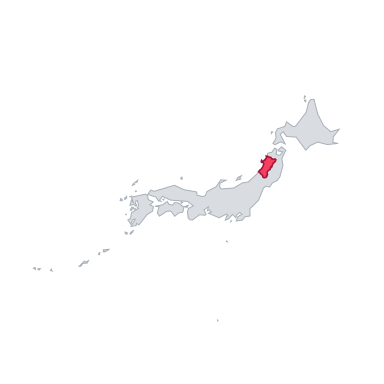 Akita highlighted on a map of Japan, rotated 24°
{"feature_id": "JPN-1862", "entity_name": "Akita", "entity_type": "Prefecture", "adm_level": 1, "iso_a3": "JPN", "parent_name": "Japan", "parent_adm1": "", "projection": "mercator", "projection_center": [140.484, 39.686], "detail": "fine", "context": "in_parent", "style": "filled", "palette": "rose", "viewbox_px": 384, "rotation_deg": 24, "n_neighbors": 0, "source": "natural_earth", "source_scale": "10m", "svg_char_len": 6088}
<svg xmlns="http://www.w3.org/2000/svg" viewBox="0 0 384 384"><g transform="rotate(24 192 192)"><path d="M255.4,114.3L260.7,115.7L260.5,125.0L264.3,130.8L266.1,142.4L265.3,146.6L261.7,151.2L260.9,155.9L257.2,156.7L255.7,159.2L256.1,172.6L251.7,183.9L254.8,190.3L250.5,193.1L249.5,197.2L244.2,200.5L244.0,195.7L246.8,192.1L244.1,191.2L242.2,194.3L242.5,197.6L238.1,196.0L236.4,201.5L233.9,204.2L233.5,199.8L234.6,199.1L232.7,197.9L227.2,204.5L215.7,204.7L217.8,202.3L214.6,201.5L213.7,202.8L213.0,198.8L210.2,203.5L213.8,206.5L213.5,207.9L208.1,209.7L203.9,217.3L201.6,218.2L199.1,217.4L195.8,211.8L195.5,208.3L198.8,204.2L191.8,202.4L175.4,208.2L166.9,207.9L165.2,213.9L161.1,211.3L152.6,212.2L153.5,207.0L157.1,206.8L173.2,193.0L184.0,193.1L196.3,190.1L197.9,192.9L203.8,191.8L205.7,189.8L205.5,185.4L211.9,177.4L213.4,169.2L218.3,167.4L214.0,172.6L215.2,176.2L217.6,177.3L228.6,171.3L234.4,163.2L239.3,159.9L243.8,149.6L246.5,139.8L245.8,136.7L243.2,135.8L245.9,131.2L245.5,125.7L248.7,123.3L249.8,118.1L252.3,118.6L253.5,123.6L257.3,122.8L258.6,118.4L254.0,119.4L254.0,117.8L255.4,114.3ZM285.1,77.8L294.2,80.5L300.9,74.8L298.6,84.3L300.6,89.4L305.7,88.2L296.3,93.6L286.5,95.3L281.0,101.7L279.0,107.5L264.8,99.5L255.9,102.8L250.7,99.8L249.2,103.5L257.6,110.2L252.6,110.1L248.6,115.0L246.2,114.8L246.9,108.7L244.1,103.7L244.4,99.5L250.2,94.3L249.8,89.4L257.5,91.1L259.9,89.7L263.9,72.6L262.1,62.8L262.9,59.2L265.7,57.7L275.4,69.9L285.1,77.8ZM155.2,216.8L160.6,216.8L159.0,220.9L162.7,221.1L163.7,225.7L160.2,230.7L156.9,243.6L154.2,243.2L154.5,245.4L150.2,248.2L151.2,239.9L148.9,241.7L149.2,246.3L144.7,243.5L146.5,241.2L145.2,235.3L149.8,228.9L148.3,228.4L148.8,226.3L145.6,222.0L144.5,222.9L145.0,226.0L146.5,226.0L146.7,227.9L143.7,227.0L140.8,229.5L139.9,223.5L143.1,226.0L138.9,221.3L150.5,212.8L153.0,213.5L155.2,216.8ZM183.7,207.6L190.8,209.1L191.8,214.1L188.1,216.8L186.1,221.2L180.5,218.0L176.9,219.8L172.0,227.3L168.8,225.2L167.9,218.9L164.0,220.1L170.3,215.7L173.3,210.7L176.0,212.7L179.9,211.7L180.2,208.9L183.7,207.6ZM125.3,299.4L121.3,301.8L120.6,305.1L119.1,305.8L121.7,298.9L123.7,299.2L125.3,296.7L125.3,299.4ZM231.2,160.3L227.6,163.4L227.9,160.1L230.5,157.0L229.9,160.2L231.2,160.3ZM140.0,277.8L136.7,282.3L134.6,280.9L140.0,277.8ZM144.0,233.6L142.8,233.4L143.3,230.1L144.9,229.8L144.0,233.6ZM193.8,208.3L191.1,208.3L194.5,205.2L193.5,207.0L193.8,208.3ZM149.6,257.2L147.8,257.2L147.2,255.7L149.8,255.7L149.6,257.2ZM137.8,205.2L135.7,207.3L137.6,203.4L137.8,205.2ZM153.0,255.6L152.1,255.1L154.1,250.5L154.0,252.7L153.0,255.6ZM129.5,226.9L131.3,227.1L131.8,228.5L129.8,229.0L129.5,226.9ZM136.4,208.4L134.8,210.1L135.1,207.9L136.4,208.4ZM80.5,326.3L78.3,326.3L78.3,325.9L79.3,324.8L80.5,326.3ZM177.8,184.3L176.4,184.6L176.1,183.1L177.0,182.5L177.8,184.3ZM133.7,226.2L132.9,224.8L134.1,222.6L134.8,224.3L133.7,226.2ZM84.6,323.7L84.0,325.5L83.0,325.6L82.5,324.6L84.6,323.7ZM132.9,287.0L131.9,287.0L132.0,285.0L132.4,284.8L132.9,287.0ZM259.1,63.4L257.6,62.9L257.5,62.1L258.7,61.7L259.1,63.4ZM147.9,230.1L146.2,231.3L145.7,230.8L147.9,230.1ZM240.7,106.2L240.0,104.8L241.3,104.3L240.7,106.2ZM165.9,213.5L166.9,213.0L168.3,213.0L165.9,213.5ZM256.7,58.5L256.4,61.2L255.8,58.3L256.7,58.5ZM138.1,220.7L136.7,222.1L138.8,219.8L138.1,220.7ZM96.4,321.1L94.6,321.2L94.8,319.7L95.3,320.4L96.4,321.1ZM140.9,214.0L139.9,215.1L140.3,213.7L140.9,214.0ZM187.6,205.3L186.8,206.7L186.1,205.5L187.6,205.3ZM135.6,281.8L135.3,282.6L134.9,281.6L135.6,281.8ZM239.9,202.3L239.6,203.3L239.3,202.3L239.9,202.3ZM141.1,239.5L140.2,239.8L141.0,239.0L141.1,239.5ZM169.3,209.8L169.4,211.0L168.4,210.8L169.3,209.8ZM244.5,223.1L243.5,223.3L243.5,222.7L244.5,223.1ZM268.0,298.7L268.1,299.8L267.4,298.6L268.0,298.7Z" fill="#d9dde1" stroke="#a8b0b8" stroke-width="1"/><path d="M244.6,146.5L244.7,146.3L244.7,146.0L244.8,145.5L244.8,145.1L245.0,144.6L245.1,144.2L245.4,144.1L245.8,143.7L246.0,142.6L246.3,141.4L246.4,138.8L246.4,138.4L246.2,137.8L246.2,137.5L246.1,137.1L245.9,136.7L245.5,136.3L245.0,136.1L244.6,136.2L244.4,136.3L244.3,136.5L244.2,136.6L243.3,136.6L243.1,136.2L242.8,135.8L242.8,135.5L242.9,135.4L242.7,135.3L242.7,134.9L242.7,134.7L243.2,135.0L243.8,135.2L244.0,135.3L244.4,135.0L244.8,134.5L245.6,133.1L245.7,132.5L245.7,132.2L245.8,131.8L245.9,131.6L246.0,130.3L246.1,130.0L245.9,129.8L245.8,129.7L245.4,129.3L245.3,129.1L245.2,129.0L245.6,128.9L245.8,128.9L246.1,128.7L246.3,128.5L246.6,128.6L246.8,128.6L247.1,128.7L248.9,128.7L249.2,128.6L249.5,128.4L249.8,128.3L250.0,128.3L250.3,128.6L250.7,128.8L251.2,129.2L251.4,129.3L251.5,129.2L251.9,129.0L252.0,129.1L252.3,129.2L252.5,129.2L252.9,129.0L253.0,129.0L253.5,128.7L253.8,128.6L254.1,128.3L254.2,128.1L254.5,128.0L255.2,128.3L255.4,128.4L255.5,128.4L255.5,128.5L255.5,128.8L255.4,128.9L255.5,129.0L255.7,129.6L255.7,129.8L255.6,130.1L255.5,130.5L255.4,130.7L255.4,130.9L255.4,131.1L255.3,131.5L255.1,131.7L254.9,131.8L254.7,132.0L254.6,132.3L254.6,132.5L254.6,132.8L254.6,133.0L254.6,133.3L254.5,133.5L254.4,133.7L254.4,133.9L254.4,134.0L254.5,135.0L254.5,135.3L254.5,135.6L254.6,135.8L254.7,136.2L254.7,136.4L254.7,136.5L254.3,136.5L254.2,136.5L253.9,136.7L253.8,136.9L253.8,137.0L254.0,137.3L254.2,137.5L254.3,137.6L254.3,137.8L254.2,137.9L254.1,138.1L254.0,138.3L253.9,138.5L254.0,138.8L254.1,139.1L254.2,139.3L254.2,139.5L254.1,139.8L253.9,140.1L253.5,140.6L253.4,140.8L253.3,141.0L253.1,141.5L252.7,142.3L252.6,142.8L252.6,143.0L252.8,143.6L252.9,144.0L253.0,144.2L253.1,144.3L253.2,144.5L253.3,144.6L253.5,144.8L253.7,145.0L253.7,145.3L253.8,145.5L254.0,145.7L254.0,145.8L253.9,145.9L253.8,146.0L253.7,146.1L253.5,146.4L253.5,146.5L253.6,146.9L253.7,147.0L253.9,147.1L254.0,147.2L254.0,147.4L254.0,147.5L253.8,148.0L253.6,148.7L253.3,148.8L253.1,149.0L252.9,149.1L252.4,149.5L251.7,149.7L251.4,149.7L250.7,149.5L250.4,149.2L250.3,148.8L250.1,148.5L250.0,148.4L249.3,148.0L249.1,147.9L248.7,147.9L248.0,147.8L247.8,147.7L247.7,147.6L247.5,147.4L247.4,147.4L247.1,147.4L246.9,147.3L246.5,147.0L246.2,146.7L245.9,146.6L245.7,146.7L245.4,146.7L244.6,146.5L244.6,146.5Z" fill="#f43f5e" stroke="#9f1239" stroke-width="1.5"/></g></svg>